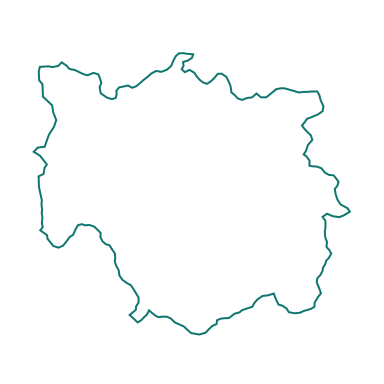 Laranja da Terra, Espírito Santo, Brazil, rotated 354°
{"feature_id": "56859067B33263389973622", "entity_name": "Laranja da Terra", "entity_type": "district", "adm_level": 2, "iso_a3": "BRA", "parent_name": "Brazil", "parent_adm1": "Espírito Santo", "projection": "mercator", "projection_center": [-41.056, -19.874], "detail": "fine", "context": "isolated", "style": "outline", "palette": "teal", "viewbox_px": 384, "rotation_deg": 354, "n_neighbors": 0, "source": "geoboundaries", "source_scale": "gbopen_adm2", "svg_char_len": 3117}
<svg xmlns="http://www.w3.org/2000/svg" viewBox="0 0 384 384"><g transform="rotate(354 192 192)"><path d="M37.1,214.3L40.7,217.4L43.3,219.8L43.4,223.4L45.7,226.9L48.4,231.2L53.5,233.4L58.4,231.7L62.3,227.7L65.6,224.0L69.2,222.2L72.5,216.7L75.1,213.1L79.0,212.5L82.3,214.0L86.4,214.0L91.2,216.3L94.3,219.9L96.9,223.3L96.2,227.3L97.8,231.7L101.0,235.1L104.3,236.3L106.5,240.7L108.9,245.0L108.8,248.7L108.0,253.3L108.9,257.4L110.9,262.1L111.1,267.5L113.5,271.9L117.6,275.7L121.5,278.3L124.8,284.8L127.8,291.3L127.4,296.2L124.5,299.8L123.8,303.3L120.2,305.8L117.1,307.8L120.6,311.7L124.3,316.0L128.0,314.3L131.0,311.7L134.4,309.1L136.9,305.2L139.5,308.0L142.1,310.6L145.5,313.0L149.6,312.9L154.0,313.4L157.8,315.7L161.2,319.8L165.4,322.3L169.8,324.8L172.9,328.5L176.3,332.2L184.4,334.5L190.7,333.4L194.6,330.1L198.2,327.3L202.6,325.9L203.5,322.2L207.0,321.0L210.5,320.9L215.5,321.2L221.7,317.5L226.6,316.7L229.6,314.7L235.1,313.5L239.9,312.5L242.5,308.8L246.0,305.6L251.2,302.8L257.0,302.7L262.7,301.5L264.1,307.0L266.2,312.9L270.3,314.7L273.9,317.8L275.7,321.6L281.2,323.3L286.6,323.4L290.7,322.0L294.2,321.4L298.2,320.6L301.7,319.0L302.5,314.7L306.4,309.5L309.7,306.2L308.2,300.3L306.6,294.6L307.7,290.7L310.9,288.1L313.4,284.4L314.5,280.7L316.9,277.8L318.2,274.4L321.2,271.9L324.0,267.8L322.5,264.1L320.0,260.7L321.0,255.8L319.7,250.5L319.9,245.4L321.2,240.3L321.7,234.6L319.2,230.4L324.0,227.7L329.5,230.8L335.8,232.4L340.6,231.1L346.9,228.1L345.0,224.4L338.5,220.0L335.8,214.7L334.7,209.7L334.3,204.1L337.3,200.8L338.8,197.4L337.1,194.2L334.7,190.3L330.0,189.3L326.1,186.5L323.3,182.0L319.2,179.9L314.9,179.1L311.5,178.1L312.2,173.2L309.6,168.6L307.0,166.3L309.6,163.1L312.3,157.2L317.1,152.9L316.2,148.2L312.7,144.0L310.1,140.4L308.3,137.4L311.7,134.0L314.2,131.2L319.2,129.9L325.2,128.1L330.3,125.3L331.7,120.5L329.5,114.0L328.7,108.7L327.1,105.1L321.7,104.6L317.1,104.5L313.4,104.1L308.6,104.2L304.2,102.3L299.9,100.6L295.3,98.7L291.2,98.1L286.3,98.6L282.9,101.0L279.7,103.1L275.7,105.6L270.6,105.1L266.4,100.8L261.6,104.2L256.6,104.3L251.4,105.6L247.2,103.7L244.6,100.0L241.6,97.1L241.6,93.3L241.2,89.6L240.0,86.0L238.3,81.3L233.9,77.4L230.0,77.2L225.5,81.5L222.2,84.0L218.1,86.0L214.2,84.0L211.6,81.5L209.2,78.2L206.8,73.7L202.3,70.3L197.4,72.1L194.6,68.8L196.8,65.6L196.7,61.8L201.5,60.9L205.9,58.7L207.6,55.2L202.2,54.2L197.9,53.0L193.3,52.8L189.9,55.4L187.1,59.7L184.5,64.4L179.9,67.7L174.2,69.3L169.0,67.9L163.9,69.9L159.8,72.9L155.7,75.4L152.5,77.7L147.6,81.0L143.4,82.1L139.5,79.4L135.2,79.9L130.4,80.4L127.4,83.3L127.2,87.2L125.9,90.5L122.1,91.3L117.3,89.2L111.5,84.3L111.1,78.0L113.2,74.1L112.4,69.5L111.1,65.2L106.4,63.2L100.4,65.0L96.6,63.6L92.8,61.3L88.4,58.5L83.0,56.8L80.2,53.0L76.0,49.5L72.1,52.6L66.6,53.2L62.0,52.0L57.7,51.8L53.8,51.6L52.2,56.0L51.7,65.0L54.5,69.1L54.3,73.6L53.7,81.5L62.0,91.3L62.3,98.2L64.5,106.3L61.4,113.0L55.8,119.9L52.9,125.8L50.3,131.6L43.2,131.7L38.8,135.5L44.7,140.1L50.5,149.4L47.9,152.5L46.2,158.6L41.1,160.4L40.3,171.2L41.8,184.4L41.0,189.0L41.1,193.6L40.3,197.5L40.6,201.9L39.4,207.2L39.9,211.3L37.1,214.3Z" fill="none" stroke="#0f766e" stroke-width="2"/></g></svg>